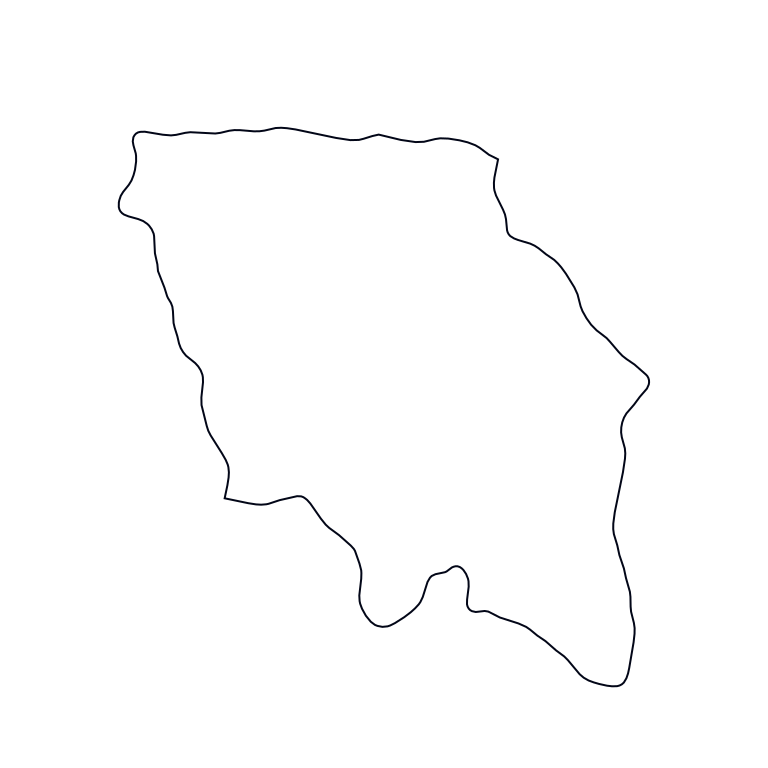 outline of Quisquella, San Pedro de Macorís, Dominican Republic, rotated 191°
{"feature_id": "3306468B80132338687245", "entity_name": "Quisquella", "entity_type": "district", "adm_level": 2, "iso_a3": "DOM", "parent_name": "Dominican Republic", "parent_adm1": "San Pedro de Macorís", "projection": "orthographic", "projection_center": [-69.415, 18.546], "detail": "fine", "context": "isolated", "style": "outline", "palette": "ink", "viewbox_px": 768, "rotation_deg": 191, "n_neighbors": 0, "source": "geoboundaries", "source_scale": "gbopen_adm2", "svg_char_len": 3309}
<svg xmlns="http://www.w3.org/2000/svg" viewBox="0 0 768 768"><g transform="rotate(191 384 384)"><path d="M518.6,241.4L494.5,241.1L486.6,241.4L481.5,242.1L476.5,243.5L474.4,244.4L464.2,250.1L447.9,257.3L443.8,257.9L441.5,257.5L439.4,256.6L437.3,255.5L433.5,252.6L420.3,239.8L414.4,234.8L410.4,232.3L399.4,227.1L385.7,219.0L382.1,216.3L380.6,214.6L373.8,203.0L370.8,196.7L370.1,194.0L369.2,188.5L367.9,171.7L366.5,166.2L365.5,163.8L362.7,159.2L357.6,153.1L351.6,148.1L346.9,145.8L344.3,145.3L339.2,145.3L334.2,146.8L331.9,148.1L327.6,151.4L319.6,159.0L314.0,165.3L310.7,169.7L307.8,174.4L306.7,176.9L305.3,182.3L303.5,198.0L301.9,202.6L300.6,204.6L297.2,207.1L288.2,210.9L286.8,211.9L282.3,216.9L280.8,217.9L279.1,218.7L277.1,219.1L274.7,218.8L272.6,217.9L270.6,216.6L267.2,213.2L264.4,208.9L263.4,206.5L262.2,201.2L261.3,188.2L260.5,183.6L259.5,181.5L258.0,179.7L256.3,178.5L254.3,177.8L250.4,177.7L241.9,180.4L238.2,180.5L225.7,176.9L206.3,174.6L198.1,172.7L193.8,170.8L185.5,166.3L176.4,162.4L164.2,155.3L155.2,151.0L150.9,148.1L136.5,136.4L131.9,133.8L126.6,132.0L121.1,131.1L115.6,130.6L107.5,130.4L102.3,130.8L97.4,131.9L95.2,133.0L93.2,134.6L91.6,136.7L89.9,141.4L89.2,146.5L89.1,152.0L89.7,178.0L90.4,186.6L91.4,192.2L93.1,197.1L98.0,207.6L99.4,212.4L101.5,222.2L103.0,227.0L109.4,239.6L113.3,248.7L120.3,261.0L124.2,270.1L129.7,280.5L131.3,285.3L132.3,290.8L133.0,302.2L132.6,342.9L133.2,356.7L133.9,361.9L135.3,366.8L140.4,377.1L142.0,381.7L142.8,386.7L142.8,391.8L142.0,396.8L140.4,401.4L134.6,411.5L130.4,420.3L125.0,429.7L124.0,434.0L124.1,436.2L124.6,438.3L125.6,440.3L127.0,442.0L128.6,443.2L141.8,450.9L150.8,454.8L155.3,457.1L159.7,460.2L170.1,468.5L174.3,471.6L185.5,477.2L192.0,481.7L197.8,487.2L203.0,493.3L205.8,497.7L211.1,508.9L215.6,515.2L226.4,526.9L232.2,532.3L236.3,535.5L240.6,538.3L249.8,542.3L258.1,546.7L262.5,548.5L267.3,549.7L279.6,550.9L284.1,551.7L288.3,553.3L290.1,554.7L291.5,556.4L292.5,558.3L295.7,569.1L297.6,573.5L300.4,577.8L310.0,590.4L312.5,595.0L313.4,597.5L314.5,602.5L315.0,607.7L314.9,626.3L324.6,629.0L335.1,634.1L339.9,635.8L348.0,637.2L356.4,637.6L367.6,637.2L375.7,635.9L380.5,634.2L391.0,629.4L399.2,627.5L414.0,626.8L436.8,627.8L442.7,625.2L450.9,620.8L455.2,618.8L463.5,617.0L478.0,616.4L519.4,617.0L528.1,616.6L533.8,615.9L539.2,614.6L549.8,609.9L554.6,608.3L560.0,607.2L573.9,605.7L579.3,604.7L584.2,603.1L592.6,599.3L597.4,597.7L622.2,594.2L627.1,592.6L635.6,588.9L640.5,587.4L648.6,586.5L666.9,586.0L671.4,585.0L673.5,584.0L675.3,582.4L676.4,580.5L677.1,578.4L676.9,574.2L675.5,570.5L671.7,563.0L670.9,560.6L669.8,555.2L669.3,546.7L669.7,541.1L670.7,535.6L672.5,530.8L676.7,522.8L678.3,518.5L678.9,513.8L678.9,511.5L678.1,507.1L677.1,505.0L675.7,503.2L673.7,501.7L671.5,500.7L666.8,499.8L656.7,499.0L651.5,498.0L646.9,496.0L644.9,494.7L641.5,491.5L638.8,487.6L637.9,485.3L633.8,468.6L629.3,458.2L627.4,451.7L617.9,436.7L613.7,428.9L612.5,427.2L608.6,422.9L606.5,419.5L605.1,415.3L602.2,403.7L600.3,399.5L595.9,391.3L592.9,384.6L590.4,380.5L587.3,377.0L583.7,374.0L573.3,368.5L569.7,365.8L566.5,362.4L564.0,358.4L563.1,356.1L562.0,351.2L560.7,336.0L559.1,328.5L550.0,309.0L547.6,304.6L544.4,300.5L530.0,285.2L524.9,279.3L522.0,275.0L520.9,272.7L519.4,267.7L518.7,262.6L518.4,254.7L518.6,241.4Z" fill="none" stroke="#020617" stroke-width="2"/></g></svg>